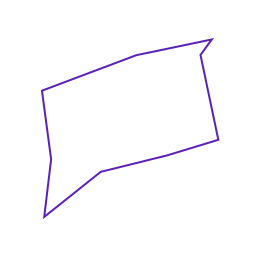 Umm Salal, Albers equal-area conic projection, rotated 78°
{"feature_id": "QAT-1107", "entity_name": "Umm Salal", "entity_type": "Municipality", "adm_level": 1, "iso_a3": "QAT", "parent_name": "Qatar", "parent_adm1": "", "projection": "albers", "projection_center": [51.351, 25.463], "detail": "fine", "context": "isolated", "style": "outline", "palette": "violet", "viewbox_px": 256, "rotation_deg": 78, "n_neighbors": 0, "source": "natural_earth", "source_scale": "10m", "svg_char_len": 275}
<svg xmlns="http://www.w3.org/2000/svg" viewBox="0 0 256 256"><g transform="rotate(78 128 128)"><path d="M58.8,27.6L71.6,41.9L158.3,42.1L162.9,95.3L165.2,163.8L197.5,228.4L142.6,209.7L73.6,204.4L58.5,104.8L58.8,27.6Z" fill="none" stroke="#5b21b6" stroke-width="2"/></g></svg>